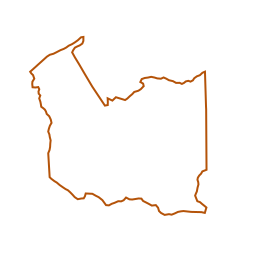 outline of Ibicuitinga, Ceará, Brazil, rotated 259°
{"feature_id": "56859067B26407679214114", "entity_name": "Ibicuitinga", "entity_type": "district", "adm_level": 2, "iso_a3": "BRA", "parent_name": "Brazil", "parent_adm1": "Ceará", "projection": "natural_earth1", "projection_center": [-38.546, -4.981], "detail": "fine", "context": "isolated", "style": "outline", "palette": "amber", "viewbox_px": 256, "rotation_deg": 259, "n_neighbors": 0, "source": "geoboundaries", "source_scale": "gbopen_adm2", "svg_char_len": 2047}
<svg xmlns="http://www.w3.org/2000/svg" viewBox="0 0 256 256"><g transform="rotate(259 128 128)"><path d="M72.0,197.1L131.5,208.3L134.3,208.7L168.6,214.3L168.0,211.6L166.1,208.6L165.6,205.5L164.2,202.5L162.4,200.8L161.6,198.2L162.8,196.2L162.7,193.6L161.6,191.6L161.0,189.3L162.5,187.3L163.1,183.8L165.4,181.1L167.1,177.3L169.1,175.0L170.8,172.6L170.1,169.7L171.1,166.2L172.5,163.6L173.8,160.5L173.7,157.1L173.9,154.0L173.4,150.8L170.8,148.9L168.7,151.3L166.1,151.4L163.7,148.0L162.6,145.3L162.2,141.0L160.4,138.6L158.8,135.7L157.0,132.9L156.0,130.5L160.5,122.0L157.9,117.9L161.0,113.7L157.6,113.2L154.4,112.5L154.4,109.6L175.5,100.8L190.3,95.5L199.8,92.2L207.6,89.3L212.9,87.6L214.8,89.0L217.0,91.2L217.8,94.0L218.3,96.4L219.6,99.3L222.0,100.8L225.9,101.6L226.0,99.2L223.7,95.5L222.1,92.0L221.0,89.1L220.1,85.5L218.8,82.8L217.9,80.0L217.3,76.6L216.0,72.2L215.1,69.0L214.8,65.2L213.5,62.0L201.9,42.7L200.0,43.5L198.0,44.9L194.3,45.4L191.7,43.0L189.5,42.4L186.2,42.1L185.4,45.0L185.3,47.7L183.0,48.3L180.9,47.1L178.7,46.9L176.7,48.1L174.0,46.5L170.5,47.0L168.0,47.0L165.4,46.9L163.7,48.5L161.9,49.9L159.8,50.6L157.3,50.9L154.6,52.9L151.0,53.8L147.6,53.9L145.2,51.8L142.4,50.2L139.7,49.0L136.6,49.6L133.9,49.5L130.6,49.7L127.8,48.8L124.2,47.9L121.4,46.8L118.5,44.9L94.7,41.7L92.8,43.0L89.9,45.6L88.0,47.7L85.1,50.0L82.4,52.6L79.9,55.1L78.4,57.1L75.9,59.0L73.0,60.9L70.3,62.5L67.7,65.1L67.7,68.7L67.4,71.1L69.2,72.7L71.8,74.0L70.2,80.5L67.7,83.4L65.7,86.0L62.1,89.1L56.5,91.7L55.7,94.5L56.7,97.6L57.1,100.5L58.0,104.4L57.3,107.3L57.9,109.9L60.1,112.8L57.7,115.8L57.0,118.5L56.9,121.3L56.8,125.0L56.1,127.7L53.5,128.9L49.9,133.5L47.3,136.6L47.0,140.6L44.0,142.3L40.6,142.6L38.3,144.2L35.7,147.4L35.6,151.8L34.6,154.3L35.2,157.5L36.1,161.0L36.1,164.1L35.9,166.6L33.6,174.0L31.4,184.0L30.0,187.2L35.0,189.8L37.1,188.1L39.2,186.3L41.5,184.5L42.9,182.1L46.1,181.5L48.8,181.0L50.6,182.1L52.6,183.5L56.2,184.9L59.2,186.4L61.6,186.6L63.9,186.3L65.9,187.1L67.8,188.9L69.2,191.0L71.2,192.7L72.0,197.1Z" fill="none" stroke="#b45309" stroke-width="2"/></g></svg>